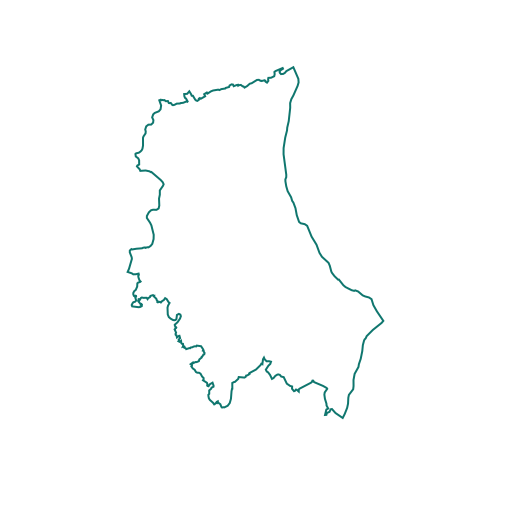 Rajbari, Dhaka, Bangladesh (Robinson projection), rotated 58°
{"feature_id": "16705992B48875454234518", "entity_name": "Rajbari", "entity_type": "district", "adm_level": 2, "iso_a3": "BGD", "parent_name": "Bangladesh", "parent_adm1": "Dhaka", "projection": "robinson", "projection_center": [89.601, 23.735], "detail": "fine", "context": "isolated", "style": "outline", "palette": "teal", "viewbox_px": 512, "rotation_deg": 58, "n_neighbors": 0, "source": "geoboundaries", "source_scale": "gbopen_adm2", "svg_char_len": 6095}
<svg xmlns="http://www.w3.org/2000/svg" viewBox="0 0 512 512"><g transform="rotate(58 256 256)"><path d="M439.3,268.3L437.0,264.5L433.1,259.2L430.0,256.2L425.1,252.8L423.0,250.8L420.5,244.2L418.0,242.2L412.8,239.0L408.2,234.8L404.4,227.9L402.3,226.1L398.7,221.7L393.0,216.3L388.2,212.6L385.0,209.2L384.3,208.1L384.0,206.7L382.6,204.6L380.6,196.0L379.3,184.9L378.5,182.4L366.9,182.8L359.9,182.5L353.8,180.9L351.0,182.2L348.1,184.9L345.9,186.4L340.2,188.2L337.7,190.1L337.6,191.2L335.7,193.0L329.9,196.5L327.1,197.4L319.9,198.2L319.6,198.9L314.8,200.1L310.7,200.5L309.2,200.4L303.4,198.6L300.3,198.1L291.6,200.5L287.0,200.5L278.5,198.7L269.0,198.6L257.5,196.6L254.8,197.8L252.0,200.7L249.9,201.4L243.0,199.8L236.4,197.2L230.6,196.0L228.4,196.1L224.8,195.1L217.8,194.8L212.9,193.4L208.3,191.5L206.6,190.5L205.2,188.6L203.2,187.3L184.3,178.7L179.1,175.4L171.0,168.4L165.9,163.1L163.7,161.5L159.0,156.8L148.5,148.5L144.4,146.0L141.7,142.9L139.7,139.3L133.8,130.6L131.4,127.9L128.2,126.2L115.7,124.3L115.3,132.3L116.0,134.4L116.0,136.4L115.0,138.4L113.3,138.7L112.2,138.4L111.5,136.6L111.5,133.9L110.7,133.8L109.5,141.5L109.7,142.9L111.7,143.8L113.2,145.3L112.8,148.8L111.5,151.1L112.4,152.0L114.0,152.7L114.8,154.8L113.3,155.5L112.5,155.6L112.2,155.2L111.5,155.6L110.6,158.5L109.9,158.9L109.8,159.4L108.1,160.2L107.2,161.9L107.2,168.1L106.6,170.0L107.2,173.5L107.1,176.5L105.6,176.7L105.1,177.4L102.9,178.2L102.1,180.0L102.1,180.8L101.3,180.5L100.8,181.7L100.2,184.9L98.4,184.7L97.5,185.8L97.4,188.0L98.4,189.3L97.4,192.6L97.7,193.2L96.1,197.0L95.9,199.1L94.9,199.9L92.9,204.7L92.5,207.0L92.6,211.2L92.1,211.5L91.9,210.9L91.3,211.0L91.3,214.2L93.6,214.5L93.4,219.5L92.3,219.9L92.3,221.1L93.2,221.5L93.4,223.5L92.5,224.3L91.2,224.7L86.7,224.6L86.0,225.6L84.3,225.3L81.0,225.3L82.0,228.4L80.6,231.1L82.6,232.1L84.3,232.4L85.4,231.9L88.7,232.1L88.8,232.6L88.1,232.9L87.5,236.5L86.3,239.1L86.4,239.7L84.8,242.4L84.6,245.0L84.1,246.5L83.6,246.9L81.0,247.2L80.4,248.6L80.0,248.9L77.9,248.6L77.0,250.4L75.3,251.0L75.2,251.5L74.2,252.5L73.8,253.7L73.0,253.9L72.7,255.5L78.1,256.7L81.0,259.2L81.8,261.8L81.0,266.1L81.4,268.1L83.4,270.6L86.4,271.0L88.4,272.6L89.0,275.2L87.6,277.7L87.9,280.4L90.0,282.9L91.9,283.5L93.5,284.7L95.0,288.1L95.9,289.2L102.5,293.3L104.9,295.5L105.8,297.0L106.2,298.7L106.3,300.7L105.4,303.2L105.6,304.2L107.9,305.2L110.8,304.1L112.9,304.4L116.5,306.6L116.4,308.7L116.9,309.5L120.8,308.7L122.5,309.0L125.0,304.3L127.7,301.5L129.2,300.7L129.3,300.2L141.2,296.5L144.1,296.0L146.2,296.3L147.2,297.7L149.4,302.8L153.1,305.1L155.9,307.8L162.0,311.3L164.1,313.4L164.1,315.9L162.2,318.8L161.6,320.7L162.2,323.7L164.2,327.3L165.9,328.4L171.6,328.2L174.6,328.5L183.8,331.5L187.4,333.9L190.8,337.6L191.6,340.0L191.7,342.6L191.0,343.5L190.5,345.5L189.9,345.6L189.2,347.3L189.1,348.5L186.5,353.5L184.8,357.6L184.1,358.0L184.5,360.1L186.0,361.1L191.2,362.1L192.7,362.8L199.5,370.4L201.5,373.3L204.9,370.5L206.5,369.8L207.8,367.6L208.7,364.9L209.9,365.3L210.4,366.4L212.1,367.1L214.9,367.7L216.5,367.4L216.6,368.0L216.1,370.1L216.3,371.1L219.0,373.0L221.0,375.9L221.3,377.9L222.2,379.5L223.3,380.3L225.1,380.7L225.6,380.4L225.8,379.2L226.2,378.9L226.9,379.2L227.3,380.4L230.3,381.2L230.7,382.9L230.2,384.5L230.7,385.8L231.7,387.4L233.1,387.7L237.2,382.7L237.8,381.4L238.0,379.5L237.0,378.7L236.3,379.5L235.7,378.8L235.2,379.4L231.9,379.8L230.4,378.4L230.7,377.9L231.6,377.8L230.6,375.8L230.7,374.8L231.8,373.7L233.5,370.9L235.1,370.8L234.6,369.9L234.7,367.8L233.9,366.7L234.6,364.1L235.3,364.0L235.7,363.4L236.2,364.0L239.4,363.2L240.9,363.6L241.9,363.3L242.7,364.1L243.2,363.9L243.9,361.8L245.0,361.3L244.5,359.6L244.5,357.5L243.6,355.4L245.2,354.6L248.9,354.6L250.0,354.2L251.4,356.8L252.9,358.4L258.8,361.8L261.6,362.3L263.9,361.6L266.3,360.3L267.2,359.3L267.6,358.2L267.3,356.9L264.1,354.3L264.2,352.1L265.6,351.2L267.2,351.6L268.8,353.6L270.6,357.7L271.2,361.3L272.3,361.8L274.4,361.5L274.7,361.9L274.5,362.8L275.2,363.4L275.2,363.9L278.7,364.4L279.5,365.6L280.4,365.9L281.1,365.5L283.2,366.2L282.9,363.7L283.1,363.2L285.5,363.9L285.9,365.8L287.0,366.1L287.2,366.9L288.3,366.3L288.2,364.5L290.2,365.5L291.1,365.4L291.8,364.5L292.3,364.7L293.5,365.3L294.1,366.1L294.3,365.2L294.8,364.7L295.4,364.8L295.7,365.4L297.4,364.4L298.0,364.5L298.8,361.3L299.3,360.7L299.0,359.9L299.7,358.2L299.7,357.1L300.2,355.6L301.0,354.6L300.6,353.7L303.4,350.4L306.5,350.3L307.7,350.4L308.1,351.1L308.6,350.6L309.4,351.0L311.0,351.0L312.0,352.0L311.7,352.8L312.6,354.4L312.7,355.5L313.3,355.8L313.7,358.9L314.9,360.2L314.5,362.6L313.9,363.4L313.6,366.0L312.9,365.9L313.1,368.7L314.6,368.1L315.3,368.7L315.4,369.3L317.8,369.2L320.0,368.3L322.5,368.4L323.8,367.7L324.8,366.2L326.4,365.4L329.7,365.6L331.6,365.1L332.8,365.7L333.3,366.8L337.5,364.8L338.9,365.1L339.9,366.0L340.5,366.0L341.3,365.3L340.3,363.1L340.4,360.0L343.5,360.7L344.3,361.3L344.1,363.5L344.8,364.4L345.2,366.9L348.1,368.7L348.5,370.0L349.9,370.7L351.8,371.4L353.6,371.4L357.7,370.2L359.7,370.1L359.8,369.7L359.4,368.0L360.0,367.2L358.9,366.6L359.0,365.4L360.1,365.9L362.8,364.8L365.5,365.3L366.5,365.1L367.1,363.6L367.6,363.1L368.0,359.4L366.8,356.2L363.8,352.9L357.7,348.4L355.9,346.7L356.0,346.4L351.1,343.4L351.2,341.6L351.6,340.7L350.8,336.2L349.5,334.8L353.0,330.2L353.0,328.8L352.2,327.7L352.6,326.8L352.7,324.8L352.3,324.4L352.5,323.8L351.8,323.5L352.3,316.2L350.9,309.9L350.1,308.4L350.2,308.1L351.0,307.8L347.3,304.8L346.4,303.1L348.1,303.4L350.9,302.8L352.2,300.6L353.6,299.3L355.1,301.1L355.6,303.6L357.6,307.9L359.7,308.1L361.0,307.4L364.3,307.1L368.7,307.6L368.8,305.8L367.9,303.1L367.9,300.8L368.2,299.9L369.4,298.8L371.6,298.5L373.4,296.7L380.6,297.5L384.3,295.9L385.8,294.5L387.7,295.8L390.8,295.4L391.0,294.4L390.4,293.0L390.9,292.4L393.6,291.6L391.8,290.4L391.6,289.3L392.6,276.5L392.4,275.3L391.6,274.2L391.8,273.7L392.1,273.5L393.3,273.7L394.4,273.1L401.7,268.0L405.4,266.0L406.4,266.0L408.1,270.0L409.8,271.5L413.6,273.2L418.5,274.5L420.2,275.4L423.6,275.6L423.5,277.7L427.4,281.7L428.0,280.5L426.7,279.1L427.1,276.2L425.6,273.9L426.0,272.7L431.3,271.8L439.3,268.3Z" fill="none" stroke="#0f766e" stroke-width="2"/></g></svg>